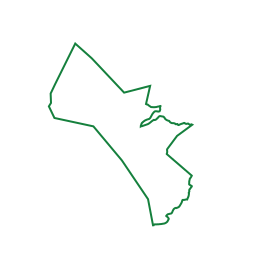 San Pedro, Copán, Honduras (Natural Earth projection), rotated 235°
{"feature_id": "27666195B10717869055207", "entity_name": "San Pedro", "entity_type": "district", "adm_level": 2, "iso_a3": "HND", "parent_name": "Honduras", "parent_adm1": "Copán", "projection": "natural_earth1", "projection_center": [-88.844, 14.614], "detail": "fine", "context": "isolated", "style": "outline", "palette": "green", "viewbox_px": 256, "rotation_deg": 235, "n_neighbors": 0, "source": "geoboundaries", "source_scale": "gbopen_adm2", "svg_char_len": 5033}
<svg xmlns="http://www.w3.org/2000/svg" viewBox="0 0 256 256"><g transform="rotate(235 128 128)"><path d="M227.4,133.2L205.8,93.6L200.6,84.4L192.7,79.3L191.1,75.6L178.4,73.5L149.2,100.6L105.0,104.4L58.2,103.6L33.1,92.3L33.3,92.4L33.4,92.6L33.5,92.8L33.6,93.0L33.7,93.5L33.8,93.9L33.9,94.2L33.9,94.3L33.8,94.5L33.4,95.1L33.2,95.3L32.5,96.4L32.4,96.7L32.1,97.0L31.9,97.3L31.6,97.8L31.0,98.9L30.3,100.1L29.6,101.6L29.0,102.8L28.9,103.1L28.8,103.5L28.7,103.8L28.7,104.2L28.6,104.7L28.6,105.4L28.7,106.2L28.7,106.4L28.8,106.5L28.9,106.8L29.0,107.1L29.1,107.3L29.4,107.7L29.4,107.8L29.5,108.0L29.7,108.4L29.8,108.7L29.9,108.9L30.1,109.1L30.3,109.3L30.6,109.4L30.9,109.4L31.1,109.4L31.8,109.4L32.3,109.3L33.1,109.2L33.3,109.1L33.5,108.9L33.8,108.8L34.0,108.9L34.0,109.0L34.2,109.3L34.3,109.7L34.4,110.3L34.5,110.8L34.5,111.0L34.4,111.2L34.2,111.9L34.0,112.4L33.9,112.7L33.6,113.4L33.4,113.9L33.3,114.1L33.2,114.4L33.2,114.6L33.2,114.8L33.3,115.1L33.5,115.6L33.9,116.3L34.3,116.9L34.5,117.2L34.7,117.6L34.9,118.0L35.2,118.6L35.3,118.9L35.3,119.1L35.4,119.4L35.4,119.6L35.4,119.8L35.4,120.0L35.4,120.3L35.4,120.5L35.2,121.1L35.1,121.4L35.0,121.5L34.7,121.7L34.7,121.9L34.6,122.1L34.5,122.5L34.4,122.7L34.3,123.1L34.3,123.6L34.2,124.0L34.2,124.4L34.3,124.7L34.3,125.0L34.5,125.5L34.6,125.8L35.4,127.6L35.8,128.5L36.4,129.5L37.0,130.3L37.2,130.6L37.5,130.9L37.6,131.0L37.7,131.3L37.7,131.5L37.6,131.8L37.4,132.0L37.2,132.3L36.7,133.1L36.4,134.0L36.0,134.8L35.8,135.2L35.5,135.5L35.8,135.9L36.1,136.3L36.3,136.7L36.6,137.2L36.6,137.3L37.1,138.0L37.3,138.2L37.5,138.6L38.8,139.9L39.0,140.1L39.5,140.4L39.6,140.5L39.8,140.5L40.0,140.5L40.8,141.8L41.0,141.9L41.1,142.0L41.3,142.1L41.5,142.2L41.7,142.3L42.1,142.7L42.2,142.8L42.3,142.9L42.4,143.1L42.5,143.3L42.5,143.5L42.5,143.8L42.6,144.0L43.0,145.1L43.3,145.9L43.3,146.0L43.4,146.3L43.4,146.5L43.5,146.7L43.6,146.8L43.8,146.9L44.1,146.9L44.8,146.5L46.0,146.0L46.3,145.9L46.5,145.8L46.8,145.8L47.0,145.9L48.1,146.8L49.0,147.4L49.1,147.6L49.5,147.9L50.5,149.1L50.9,149.4L51.0,149.6L51.2,150.2L51.3,150.7L51.6,151.4L51.9,152.1L52.2,152.6L52.4,152.9L84.4,144.8L84.7,145.0L85.0,145.5L85.7,146.2L86.2,146.6L87.8,147.5L88.3,148.2L93.4,163.7L93.8,182.5L94.0,182.4L94.5,182.2L94.7,181.9L94.7,181.7L94.7,181.3L94.8,181.1L95.0,180.9L95.1,180.7L95.3,180.5L95.6,180.4L96.2,180.1L96.5,180.0L96.8,179.9L97.0,179.9L97.2,179.7L97.3,179.6L97.5,179.0L97.6,178.8L97.7,178.5L97.9,178.3L98.0,178.1L98.2,177.9L98.4,177.7L98.5,177.6L99.0,177.3L99.5,177.3L99.7,177.2L99.8,177.1L100.0,176.8L100.1,176.6L100.1,176.4L100.2,175.9L100.3,175.7L100.3,175.4L100.7,174.3L100.8,173.9L101.0,173.3L101.1,172.8L101.3,171.4L101.4,171.2L101.5,171.0L101.6,170.9L101.8,170.9L102.0,170.8L102.3,170.7L102.5,170.7L102.7,170.8L102.8,170.8L103.0,170.7L103.2,170.3L103.2,170.2L103.3,169.9L103.4,169.7L103.7,169.4L103.8,169.2L104.0,169.1L104.4,169.1L104.5,169.1L104.9,168.9L105.2,168.7L105.5,168.4L105.9,168.0L106.2,167.6L106.5,167.2L106.7,166.9L106.8,166.8L107.1,166.6L107.3,166.4L107.5,166.3L107.7,166.2L108.0,166.1L108.4,165.9L108.8,165.8L110.1,165.8L110.3,165.7L110.6,165.4L110.8,165.2L111.6,164.7L111.9,164.5L112.4,164.2L112.9,164.0L113.4,163.9L113.7,163.8L113.9,163.7L114.5,163.7L115.1,163.7L115.3,163.8L115.5,163.8L115.8,163.8L116.1,163.7L116.3,163.7L116.6,163.6L116.8,163.5L117.0,163.5L117.2,163.3L119.2,161.3L119.4,161.1L119.5,160.9L119.6,160.6L119.6,160.3L119.6,160.0L119.6,159.8L119.6,159.5L119.3,158.7L119.2,158.3L119.2,157.9L119.1,157.3L118.9,156.4L118.9,156.0L118.9,155.6L118.9,155.4L119.0,155.1L119.1,154.8L119.2,154.5L119.3,154.3L119.4,154.2L119.5,154.2L119.8,153.9L119.9,153.7L119.9,153.1L119.9,152.4L119.9,151.0L119.8,150.3L119.7,148.7L119.7,148.3L119.7,147.5L119.7,147.1L119.8,146.7L119.8,146.3L119.9,146.1L120.4,144.3L121.3,141.2L121.5,140.5L121.8,139.9L122.0,139.5L122.0,139.4L122.4,139.7L123.1,140.7L123.5,141.2L123.9,141.8L123.9,142.0L124.1,142.3L124.2,142.5L124.2,142.9L124.3,143.4L124.3,143.9L124.4,144.4L124.4,144.9L124.4,146.0L124.4,146.4L124.3,146.9L124.0,148.4L123.8,149.0L123.7,149.3L123.5,149.9L123.4,150.3L123.3,150.5L123.3,150.8L123.3,151.0L123.4,151.5L123.5,151.9L123.6,152.3L123.8,152.7L124.0,153.1L125.0,155.1L125.6,156.4L125.9,157.5L126.0,157.8L126.1,158.3L126.2,158.9L126.2,159.2L126.2,159.5L126.1,159.8L126.0,160.0L125.7,160.5L125.3,161.0L125.0,161.3L124.5,161.8L124.2,162.1L124.0,162.4L123.9,162.5L123.8,162.8L123.7,163.1L123.6,163.4L123.7,163.5L123.8,163.7L123.9,164.0L124.0,164.2L124.4,164.7L124.5,164.9L124.7,165.0L125.9,165.7L126.6,166.2L126.8,166.4L126.9,166.6L127.0,166.7L127.1,167.0L127.3,167.2L127.5,167.1L127.6,166.9L127.6,166.6L127.7,166.4L127.7,166.2L127.8,166.0L128.5,164.5L128.7,163.9L129.0,163.1L129.3,162.6L129.5,162.2L129.7,161.9L130.1,161.2L130.9,160.2L131.2,159.8L131.6,159.3L131.8,159.1L132.0,158.9L132.3,158.7L132.5,158.7L133.0,158.5L133.3,158.4L133.8,158.2L134.0,158.1L134.3,158.0L135.1,157.8L135.7,157.6L135.9,157.5L136.0,157.5L136.3,157.1L136.6,156.9L136.9,156.7L137.3,156.5L149.8,170.3L159.2,145.1L205.8,138.3L227.4,133.2Z" fill="none" stroke="#15803d" stroke-width="2"/></g></svg>